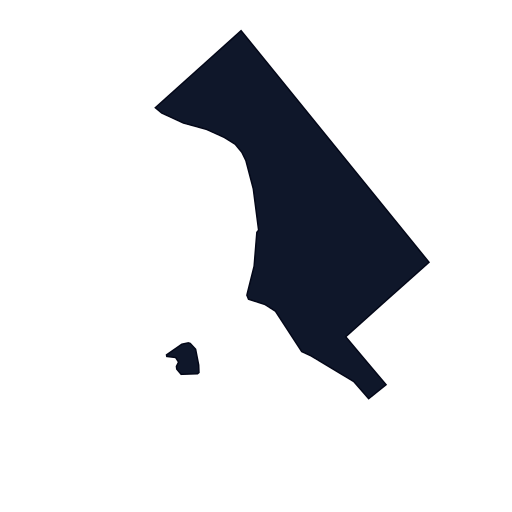 outline of Erie, Ohio, United States of America, rotated 230°
{"feature_id": "52423323B39503954322515", "entity_name": "Erie", "entity_type": "district", "adm_level": 2, "iso_a3": "USA", "parent_name": "United States of America", "parent_adm1": "Ohio", "projection": "orthographic", "projection_center": [-82.666, 41.452], "detail": "fine", "context": "isolated", "style": "filled", "palette": "ink", "viewbox_px": 512, "rotation_deg": 230, "n_neighbors": 0, "source": "geoboundaries", "source_scale": "gbopen_adm2", "svg_char_len": 757}
<svg xmlns="http://www.w3.org/2000/svg" viewBox="0 0 512 512"><g transform="rotate(230 256 256)"><path d="M140.0,384.5L438.2,389.4L436.3,333.8L436.2,330.7L434.3,274.2L426.1,275.7L404.5,285.9L384.8,299.5L367.3,307.9L355.0,311.9L344.4,311.8L335.6,309.6L309.2,297.1L283.0,280.3L274.1,274.6L273.6,271.9L249.4,248.0L233.6,226.2L231.8,223.8L231.4,223.7L227.7,222.5L213.1,231.7L201.2,235.4L153.4,229.6L144.7,233.7L144.6,233.8L96.9,250.2L74.3,250.6L73.8,272.9L103.6,272.8L136.5,272.8L138.3,327.0L140.0,384.5ZM203.4,135.5L203.4,137.4L209.3,142.0L223.4,149.8L231.3,149.4L232.9,148.4L233.0,148.3L236.1,142.5L237.8,123.9L236.4,123.1L229.9,129.2L224.5,128.5L222.6,124.1L220.3,122.6L213.5,122.6L203.4,135.5Z" fill="#0f172a" stroke="#020617" stroke-width="1.5"/></g></svg>